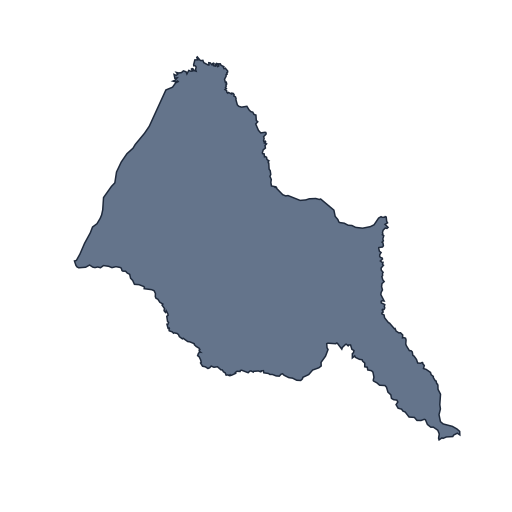 the district of Mazagão, Amapá, Brazil, rotated 173°
{"feature_id": "56859067B25777326370165", "entity_name": "Mazagão", "entity_type": "district", "adm_level": 2, "iso_a3": "BRA", "parent_name": "Brazil", "parent_adm1": "Amapá", "projection": "albers", "projection_center": [-52.07, -0.043], "detail": "fine", "context": "isolated", "style": "filled", "palette": "slate", "viewbox_px": 512, "rotation_deg": 173, "n_neighbors": 0, "source": "geoboundaries", "source_scale": "gbopen_adm2", "svg_char_len": 6091}
<svg xmlns="http://www.w3.org/2000/svg" viewBox="0 0 512 512"><g transform="rotate(173 256 256)"><path d="M436.8,273.2L435.9,268.7L435.0,267.0L433.4,265.9L426.5,265.6L422.3,267.3L419.3,264.8L417.2,264.1L414.4,264.4L411.8,263.3L408.5,265.1L403.4,263.7L400.4,262.0L396.3,262.5L392.3,261.2L391.2,260.3L390.8,257.9L390.0,257.2L387.3,256.8L385.9,254.8L383.6,253.2L383.2,249.2L381.4,246.8L380.1,242.7L375.6,241.8L371.1,239.4L370.6,238.7L371.0,237.2L363.7,235.3L361.4,234.0L360.4,231.1L360.9,227.9L360.4,226.2L358.7,225.1L357.1,221.8L354.3,219.6L355.2,218.7L353.2,215.0L353.9,213.2L353.6,212.2L352.6,211.0L351.8,212.6L350.6,209.6L350.4,208.0L351.9,207.0L351.8,202.0L350.9,200.6L351.9,198.8L352.7,199.0L352.1,195.0L351.0,195.2L350.8,194.6L351.4,193.3L351.2,192.3L348.4,190.9L347.3,189.4L346.5,189.7L343.7,188.7L342.5,187.4L341.9,185.3L339.7,183.2L339.1,182.7L338.3,183.2L334.2,179.4L332.2,178.9L328.0,176.5L328.0,175.5L326.4,173.5L323.6,171.3L323.1,169.9L323.9,169.6L323.9,168.5L322.7,167.2L323.8,167.4L325.0,166.4L326.1,164.2L324.7,162.9L323.6,159.6L323.3,157.2L324.1,156.6L322.5,153.1L319.8,152.2L317.4,150.2L315.6,150.7L313.9,152.2L311.3,150.7L307.8,150.8L304.7,147.3L303.3,147.0L302.4,145.0L300.8,143.8L300.2,141.4L298.4,141.4L297.4,140.7L296.3,141.2L296.3,140.4L294.6,140.7L290.5,142.0L290.8,142.8L288.9,143.9L285.9,143.3L285.4,144.3L284.2,144.4L278.0,141.1L276.3,142.4L275.0,142.6L272.9,141.1L272.5,141.8L267.6,141.6L265.6,140.5L264.8,140.7L264.8,141.4L262.6,141.3L262.5,139.1L258.0,137.9L256.6,136.7L254.1,136.4L250.6,134.5L247.5,133.9L245.6,135.6L244.0,135.9L242.8,134.3L238.3,131.3L234.6,130.3L230.7,127.7L226.8,127.0L224.9,128.4L224.2,129.9L218.1,131.9L213.7,135.9L207.2,137.4L204.7,138.9L204.4,142.5L199.2,148.1L195.9,154.4L196.7,156.3L196.5,160.4L195.2,160.7L187.5,159.2L186.8,159.8L185.9,159.5L182.2,153.1L181.4,154.7L177.8,157.4L177.0,157.4L175.5,155.6L174.8,156.4L173.0,156.2L172.2,151.7L170.3,150.2L171.0,148.2L172.3,147.3L172.8,143.1L170.2,144.8L169.7,143.3L165.9,140.8L163.3,140.1L163.0,138.7L161.1,136.5L161.6,132.8L159.1,132.0L159.0,129.3L155.4,128.1L154.1,126.5L153.7,121.3L154.8,118.5L154.6,117.6L151.5,115.4L149.1,112.7L143.8,111.7L142.5,109.9L141.6,104.7L139.1,101.8L138.9,98.2L136.9,96.6L133.8,95.8L133.0,93.8L135.1,91.4L133.5,87.6L130.1,86.2L129.2,84.3L126.9,82.9L123.7,77.5L118.5,76.5L116.3,73.2L112.3,72.6L108.9,73.4L107.8,72.9L106.4,67.9L103.4,64.8L100.8,64.5L96.8,60.9L95.8,57.0L97.0,52.9L96.7,51.2L93.6,52.8L92.6,52.2L89.0,53.2L82.7,52.8L81.6,54.2L77.8,55.6L75.5,53.6L75.2,57.1L77.7,59.9L81.9,63.0L90.7,66.5L93.1,69.1L93.7,76.2L91.6,81.7L91.7,86.0L89.7,96.3L91.6,101.5L91.2,105.6L91.5,106.8L92.2,107.2L92.5,110.0L93.3,110.4L94.8,113.6L94.7,114.9L96.6,116.8L97.0,119.2L100.9,122.7L103.5,123.9L102.3,126.8L103.6,128.8L103.5,129.6L104.0,130.1L105.8,129.5L108.6,130.1L109.3,133.7L111.3,137.4L112.4,138.2L112.6,141.8L113.7,143.1L115.3,143.4L117.6,148.4L118.1,150.3L117.3,154.4L117.6,156.2L119.4,157.0L120.6,156.9L120.0,159.7L121.9,162.2L123.6,162.3L126.1,164.4L126.8,167.1L127.5,166.9L131.7,173.2L132.6,173.6L135.9,179.0L136.1,181.9L138.0,183.1L138.1,184.0L136.6,184.9L137.3,187.1L136.7,187.6L136.0,187.1L135.4,187.4L134.5,188.8L134.8,190.3L134.1,192.1L137.4,194.2L137.3,195.8L136.4,196.2L134.3,195.7L136.8,202.5L136.2,204.7L134.6,206.9L135.1,210.3L134.3,213.3L131.9,215.0L133.1,217.0L133.6,220.3L132.7,221.1L132.6,223.4L131.8,224.3L133.4,226.7L133.3,228.8L130.6,231.3L131.5,232.2L130.7,234.2L131.6,234.3L133.2,235.9L130.8,237.6L131.0,238.6L132.7,239.5L133.3,240.6L133.0,242.3L131.4,244.2L132.9,245.6L133.3,248.6L133.1,249.4L129.4,249.5L128.3,250.6L128.4,253.5L129.2,254.4L127.7,255.5L128.1,257.4L126.7,260.6L128.0,261.7L127.4,262.3L127.6,263.9L126.7,266.1L124.3,268.0L122.7,267.4L121.4,268.3L124.1,271.7L121.4,272.9L122.1,274.5L122.0,278.8L123.0,279.4L123.6,278.8L126.1,279.0L127.1,279.8L129.7,278.7L135.0,272.6L138.9,271.2L146.8,270.6L153.7,272.3L157.1,274.6L160.8,275.3L164.4,277.8L168.9,279.0L169.7,279.8L170.3,282.2L172.6,285.7L173.1,292.0L184.9,304.7L186.3,304.4L189.7,305.8L196.2,306.3L199.7,305.6L205.4,305.8L216.9,312.1L219.2,312.0L222.0,313.6L227.1,320.3L227.2,321.2L228.5,321.7L228.0,322.3L232.1,323.6L232.3,327.2L231.5,330.1L232.5,333.4L231.4,335.1L231.5,339.0L232.4,340.6L232.0,346.7L232.5,347.1L232.3,348.6L231.6,348.9L233.4,350.5L233.5,352.7L234.5,353.5L235.5,353.4L235.5,356.4L237.0,356.8L237.1,357.7L235.9,360.5L233.5,362.0L233.6,364.6L231.9,366.0L233.9,367.2L232.5,368.1L232.8,368.9L234.3,368.8L234.4,369.9L233.6,371.6L233.9,373.5L231.2,375.7L231.0,376.7L231.3,377.5L232.1,377.7L236.3,377.6L238.3,380.5L240.2,387.1L237.9,389.0L239.2,390.5L238.9,395.9L240.7,396.7L241.7,399.2L243.5,399.9L245.1,401.9L246.8,405.7L252.2,405.5L254.9,406.7L256.1,408.3L256.9,413.7L256.6,414.7L257.0,416.5L258.4,417.4L258.1,419.0L258.9,420.2L260.2,420.6L260.4,419.8L263.5,421.7L264.2,421.1L265.0,422.0L265.0,423.6L266.5,425.0L265.0,425.8L265.8,426.9L264.8,428.3L265.1,429.4L264.1,430.2L264.3,432.1L265.2,431.8L265.7,435.3L263.8,438.0L263.5,439.8L262.5,440.0L262.6,441.5L261.7,442.0L261.6,443.1L263.6,446.2L264.9,445.8L265.4,447.3L264.9,447.9L267.4,449.5L268.0,451.1L269.7,451.3L269.8,449.1L270.9,448.6L271.5,449.7L271.0,451.6L271.7,452.0L272.7,451.3L273.1,449.4L274.8,450.0L274.2,452.2L274.7,452.6L275.5,452.3L275.7,451.1L276.4,451.0L277.8,453.2L279.3,453.6L279.4,451.4L280.2,451.4L284.3,454.3L284.9,456.7L286.8,456.6L287.7,457.2L290.0,460.8L290.6,460.3L289.9,457.8L292.8,458.1L294.6,453.4L294.6,452.4L293.4,452.3L292.6,451.5L292.5,450.3L293.3,448.6L292.9,446.7L294.7,447.5L295.8,449.5L296.6,449.8L297.3,449.4L296.4,447.4L298.2,447.3L300.1,448.4L302.4,445.1L303.0,447.4L305.5,448.6L307.7,447.1L310.5,447.1L312.7,447.9L311.6,446.0L313.2,445.0L315.2,446.2L314.9,442.3L312.6,442.4L314.8,440.3L317.1,439.7L314.3,438.6L312.5,439.3L312.0,438.6L314.7,437.6L318.3,433.7L325.2,431.8L346.1,397.8L351.7,391.4L362.3,381.4L364.9,378.0L371.6,373.3L378.3,365.7L384.2,356.4L387.2,345.8L391.0,342.7L400.2,332.6L402.5,320.5L404.2,315.6L406.1,312.3L409.9,307.4L414.7,304.7L417.7,299.1L424.6,289.5L430.5,279.4L434.8,273.5L436.8,273.2Z" fill="#64748b" stroke="#1e293b" stroke-width="1.5"/></g></svg>